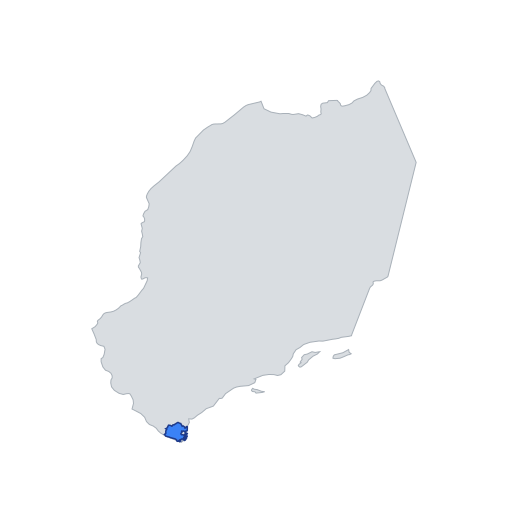 Mtwara, Mtwara, United Republic of Tanzania (highlighted), rotated 67°
{"feature_id": "72390352B92435052932896", "entity_name": "Mtwara", "entity_type": "district", "adm_level": 2, "iso_a3": "TZA", "parent_name": "United Republic of Tanzania", "parent_adm1": "Mtwara", "projection": "equal_earth", "projection_center": [40.045, -10.477], "detail": "fine", "context": "in_parent", "style": "filled", "palette": "blue", "viewbox_px": 512, "rotation_deg": 67, "n_neighbors": 0, "source": "geoboundaries", "source_scale": "gbopen_adm2", "svg_char_len": 7746}
<svg xmlns="http://www.w3.org/2000/svg" viewBox="0 0 512 512"><g transform="rotate(67 256 256)"><path d="M206.4,361.3L202.2,358.4L198.5,356.6L195.3,354.6L194.0,352.7L191.1,352.0L188.5,351.6L186.2,349.9L181.4,349.2L180.9,348.0L180.8,345.4L180.0,344.7L178.2,344.0L176.4,344.0L175.2,344.4L174.6,344.2L173.0,342.7L171.5,340.7L171.0,337.5L168.8,335.5L166.2,333.9L159.3,334.0L158.2,333.5L156.5,331.9L154.5,329.3L152.9,326.3L151.5,322.2L150.0,316.6L141.9,294.5L141.0,290.3L139.4,285.7L136.8,280.0L134.0,275.7L130.3,271.9L126.1,268.1L123.8,265.5L119.5,255.1L118.5,250.2L117.8,245.1L118.1,243.1L120.7,236.6L121.0,234.7L120.7,232.2L119.3,227.1L117.6,220.7L114.1,209.3L113.6,206.4L113.6,204.2L115.6,192.5L115.5,190.9L123.6,191.1L129.4,186.0L134.5,178.3L135.5,175.1L137.6,170.2L139.6,167.8L140.4,166.1L141.6,161.2L144.2,157.9L146.8,155.3L146.3,153.5L146.7,152.9L148.1,151.6L150.9,150.4L151.4,147.8L151.4,144.9L150.9,143.3L151.0,141.4L150.6,140.4L148.8,140.1L146.1,138.7L143.8,138.1L142.3,137.2L141.7,136.6L141.4,134.8L142.7,130.4L141.4,128.5L144.2,121.1L144.7,120.2L145.7,120.1L147.4,119.3L148.8,118.9L150.1,119.2L151.0,118.9L151.8,118.1L152.4,115.6L153.0,111.3L152.7,107.9L151.5,105.3L151.2,101.2L151.7,95.8L151.3,91.3L150.0,87.7L148.7,85.6L146.7,84.6L143.5,79.1L142.5,76.4L142.7,74.8L143.8,74.0L145.8,74.3L147.7,73.7L149.5,72.2L151.2,71.7L152.1,72.0L232.4,72.0L326.3,142.5L326.7,143.3L327.4,149.4L327.3,151.4L325.8,154.9L325.4,156.8L325.4,158.0L325.8,158.5L327.0,158.7L328.0,159.5L328.4,160.2L329.2,162.8L330.3,164.2L365.9,198.7L366.7,199.2L366.2,202.1L364.2,209.2L364.1,212.1L363.3,215.5L362.6,217.8L360.5,227.7L358.8,231.4L356.5,240.1L356.1,246.7L357.4,251.3L357.9,255.7L360.6,259.9L362.8,261.4L364.3,263.4L366.9,267.8L368.4,272.3L373.2,274.5L375.0,279.5L374.4,282.9L372.2,285.8L370.1,290.4L368.5,296.5L368.4,305.7L369.6,304.3L372.1,306.6L372.4,313.4L369.8,321.4L369.0,325.1L368.9,328.3L370.8,337.8L373.6,342.6L373.4,344.1L372.7,345.4L377.5,353.9L377.1,361.4L378.9,367.2L379.7,372.2L380.9,376.0L381.1,378.7L379.6,381.6L383.2,382.4L385.2,384.8L386.2,387.1L388.8,387.0L390.1,388.5L392.1,389.8L396.5,393.7L397.7,395.6L398.4,397.5L386.3,409.7L382.0,412.8L378.9,414.3L375.6,415.1L372.4,417.0L369.4,420.0L365.6,421.5L360.9,421.5L356.0,423.6L348.4,429.9L343.9,426.4L340.4,425.3L336.3,425.5L333.8,425.9L333.0,426.6L332.2,428.8L331.6,432.3L328.9,435.7L324.3,438.9L320.0,440.1L316.1,439.3L313.4,437.9L312.0,436.0L310.0,435.2L307.3,435.3L304.7,436.7L302.3,439.2L298.3,440.3L292.9,439.9L290.0,438.7L289.6,436.6L287.2,434.2L282.9,431.4L279.7,431.3L277.7,434.0L275.8,435.7L274.1,436.4L272.6,436.5L270.4,435.7L264.4,435.5L258.8,435.6L258.2,431.7L257.0,429.3L255.9,427.8L254.0,427.5L253.4,426.4L252.8,424.0L251.8,421.9L250.5,420.2L249.7,418.6L249.5,417.1L249.7,415.5L250.8,411.5L251.2,408.7L251.0,405.9L250.4,403.0L249.0,399.6L249.1,398.6L248.7,396.2L248.6,394.6L248.9,392.6L248.6,389.9L247.4,384.1L247.4,382.6L246.1,379.9L242.3,373.3L242.1,372.4L236.2,365.8L233.8,364.3L233.0,365.6L232.7,366.7L232.9,368.8L232.8,369.9L232.5,370.4L231.1,370.3L230.3,370.1L228.0,368.3L226.3,367.8L221.9,368.2L220.4,368.6L219.2,368.2L216.9,365.1L214.2,364.5L211.8,364.3L207.8,360.9L206.4,361.3ZM373.8,250.3L375.7,257.6L375.5,259.0L374.1,259.8L373.4,259.9L372.5,258.7L371.9,256.2L370.9,256.8L369.1,253.9L367.3,253.7L365.7,250.2L366.3,247.1L366.0,241.9L367.9,239.2L369.0,234.7L370.2,237.8L370.5,242.6L372.2,248.2L373.8,250.3ZM383.2,206.6L383.3,208.3L382.9,210.0L383.0,215.2L382.9,218.6L381.4,223.4L380.2,225.1L379.2,224.6L378.3,223.8L377.6,222.5L379.0,213.8L378.3,207.3L381.0,207.9L383.2,206.6ZM379.3,312.3L377.9,312.7L377.4,312.3L376.5,310.8L378.0,309.6L379.4,307.2L382.7,303.8L384.3,301.0L384.0,303.7L382.2,309.6L380.6,310.0L379.3,312.3Z" fill="#d9dde1" stroke="#a8b0b8" stroke-width="1"/><path d="M377.6,402.7L377.9,403.0L378.1,403.3L378.5,403.8L378.9,404.3L379.0,404.4L379.3,404.5L379.4,405.0L379.6,405.3L379.7,406.2L379.7,406.5L380.0,406.3L380.1,406.2L380.6,406.0L380.7,406.4L380.9,406.5L381.1,406.5L381.3,406.8L381.6,407.2L381.7,407.3L382.6,407.8L382.8,407.9L383.1,408.0L383.3,408.0L383.7,408.1L384.1,408.4L384.1,408.5L384.2,409.1L384.3,409.3L384.5,410.0L384.8,409.8L385.8,409.6L386.2,409.6L386.5,409.5L386.6,409.4L386.9,409.0L387.2,408.7L387.5,408.3L387.7,408.0L388.0,407.8L388.2,407.4L388.3,407.2L388.5,406.9L389.0,406.5L389.2,406.3L389.8,405.7L390.6,404.6L391.0,404.2L391.3,403.9L391.4,403.7L391.7,403.2L392.5,402.2L392.9,401.9L393.0,401.7L393.5,401.4L393.8,401.3L393.9,401.2L394.2,401.1L394.7,401.1L395.2,401.2L395.4,401.1L395.8,400.8L395.9,400.7L396.1,400.0L396.2,399.7L396.4,399.2L396.5,399.1L397.0,399.0L397.1,398.8L397.1,398.6L396.8,398.6L396.8,398.3L396.8,398.1L396.8,397.9L396.7,398.0L396.6,397.9L396.3,398.1L396.4,397.9L396.2,397.9L396.2,398.0L395.9,398.1L395.8,397.9L395.7,397.9L395.5,397.7L395.4,397.7L395.4,397.4L395.4,397.2L395.5,397.1L395.6,396.9L395.6,396.6L395.6,396.4L395.5,396.1L395.4,395.8L395.4,395.7L395.6,395.3L395.7,395.2L395.8,395.1L395.8,394.9L396.0,394.6L396.2,394.4L396.3,394.5L396.6,394.8L396.8,394.4L397.0,394.3L397.5,394.1L397.8,394.1L397.9,393.8L397.9,393.6L397.9,393.4L397.8,393.1L397.7,393.1L397.6,392.9L397.4,392.4L396.9,391.7L396.7,391.7L396.6,392.0L396.3,392.6L396.3,392.8L396.3,393.3L396.2,393.4L395.9,393.4L395.8,393.5L395.7,393.5L395.3,393.6L395.1,393.7L394.9,393.5L394.9,393.2L395.0,393.1L395.0,392.9L395.1,392.7L395.2,392.4L394.9,392.4L395.0,392.3L395.0,392.2L394.9,392.1L394.7,392.1L394.8,392.1L394.9,391.9L395.0,392.0L395.1,391.9L395.0,391.7L394.9,391.7L394.8,391.8L394.6,391.8L394.4,391.8L394.0,391.9L394.1,391.4L394.2,391.1L394.4,390.8L394.4,390.6L394.1,390.7L393.9,390.6L393.7,390.6L393.3,390.5L393.0,390.1L393.0,389.8L392.9,389.8L392.7,389.4L392.7,389.0L392.7,388.9L392.8,388.7L392.7,388.6L392.4,388.7L392.4,388.8L392.2,389.1L391.9,389.4L391.9,389.5L391.5,389.6L391.6,389.9L391.5,390.0L392.4,390.1L392.5,390.3L393.0,390.5L392.9,390.7L392.9,390.8L392.9,391.0L392.6,390.9L392.3,390.8L392.2,390.8L392.1,391.0L392.1,391.3L392.4,391.5L392.5,391.6L392.6,391.8L392.6,392.1L392.6,392.3L392.6,392.5L392.4,392.6L392.3,392.8L392.2,392.9L391.9,393.3L391.7,393.9L391.6,394.1L391.4,394.4L391.1,394.6L390.9,394.6L390.5,394.6L390.3,394.6L390.2,394.5L390.0,394.4L389.8,394.1L389.7,393.7L389.6,393.4L389.6,393.2L389.3,393.1L389.2,393.1L388.8,393.0L388.6,392.9L388.2,393.0L388.1,392.9L388.2,392.7L388.4,392.5L388.5,392.4L388.6,392.2L388.6,391.9L388.7,391.7L388.7,391.3L388.8,391.2L389.0,390.8L389.2,390.7L389.3,390.6L389.7,390.4L389.9,390.4L389.9,390.2L389.9,389.8L389.8,389.6L389.8,389.3L389.8,389.2L389.7,389.0L389.7,388.8L389.7,388.7L389.8,388.4L390.0,388.1L390.0,387.8L389.9,387.7L389.6,387.4L389.3,387.2L389.2,387.2L388.9,387.1L388.7,387.0L388.0,386.6L387.5,386.5L387.0,386.2L386.9,386.2L386.5,385.9L386.4,385.9L386.0,386.2L385.9,386.5L386.0,386.7L386.4,387.1L386.5,387.4L386.4,387.6L386.4,387.9L386.3,388.4L386.4,388.6L386.5,388.6L386.4,388.8L386.2,388.7L385.9,388.5L385.7,388.4L385.5,388.5L385.4,388.6L385.2,388.7L384.9,388.9L384.5,389.2L384.3,389.2L384.1,389.3L383.9,389.6L383.9,390.0L383.9,390.4L383.9,390.5L383.3,390.5L383.2,390.5L382.9,390.6L382.7,390.5L382.3,390.6L382.0,390.6L381.8,390.7L381.6,390.7L381.2,390.7L380.8,390.7L380.4,391.3L380.2,391.5L379.7,392.0L379.3,392.3L379.1,392.5L378.8,392.7L378.7,392.9L378.7,393.0L378.7,393.4L378.8,393.8L378.8,394.4L379.1,395.5L379.1,396.3L379.2,396.6L379.4,397.3L379.3,397.6L379.2,397.8L379.1,398.0L379.0,398.3L379.0,398.5L379.4,399.1L379.5,399.2L379.7,399.6L379.8,399.8L379.8,400.0L379.7,400.1L379.3,400.2L379.2,400.3L378.6,401.0L378.2,401.3L378.1,401.5L377.7,402.6L377.6,402.7ZM395.4,390.3L395.1,389.8L394.8,389.7L394.7,389.9L394.8,390.1L395.0,390.3L395.3,390.5L395.5,390.6L395.4,390.3ZM396.2,391.3L396.2,391.2L396.0,391.3L396.2,391.3Z" fill="#3b82f6" stroke="#1e3a8a" stroke-width="1.5"/></g></svg>